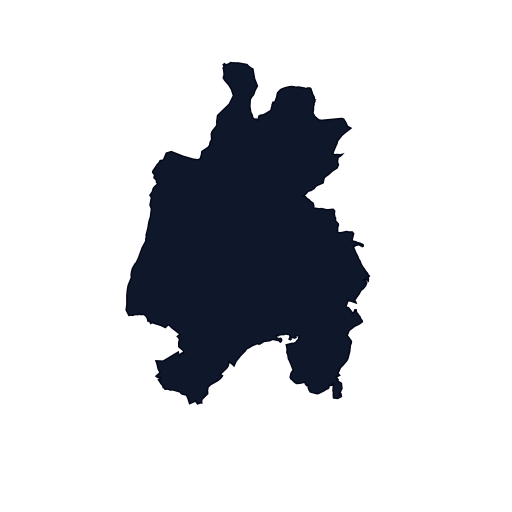 Teaca, Bistrita-Nasaud, Romania (Robinson projection), rotated 316°
{"feature_id": "2599482B42785641357283", "entity_name": "Teaca", "entity_type": "district", "adm_level": 2, "iso_a3": "ROU", "parent_name": "Romania", "parent_adm1": "Bistrita-Nasaud", "projection": "robinson", "projection_center": [24.501, 46.902], "detail": "fine", "context": "isolated", "style": "filled", "palette": "ink", "viewbox_px": 512, "rotation_deg": 316, "n_neighbors": 0, "source": "geoboundaries", "source_scale": "gbopen_adm2", "svg_char_len": 6157}
<svg xmlns="http://www.w3.org/2000/svg" viewBox="0 0 512 512"><g transform="rotate(316 256 256)"><path d="M215.8,415.2L219.8,416.4L221.3,414.3L219.8,413.6L224.1,411.6L225.6,411.2L229.0,406.9L228.3,404.2L228.0,404.2L227.9,402.2L229.1,402.2L229.5,399.6L229.9,398.9L233.3,399.9L233.3,397.3L237.9,395.5L237.7,395.0L242.9,394.9L248.8,394.3L250.8,393.6L256.9,389.9L261.7,385.9L264.2,384.7L265.4,383.6L266.2,378.3L266.1,376.2L266.9,376.3L271.1,374.3L277.9,375.0L283.2,376.7L286.8,377.2L287.4,376.5L287.6,375.2L287.4,375.0L287.5,374.5L288.6,371.8L288.7,369.7L289.1,368.2L289.0,367.1L289.6,365.5L290.7,364.3L290.1,363.7L289.1,364.9L288.7,364.8L288.8,363.9L288.2,364.3L285.6,364.3L286.2,361.7L286.6,357.7L286.3,356.7L285.2,355.5L286.2,354.3L287.3,354.0L291.4,351.8L291.6,352.7L292.9,354.2L295.4,359.3L295.9,358.2L295.8,357.5L296.6,356.2L303.7,354.9L307.9,353.6L310.4,354.0L314.2,353.5L316.4,352.5L317.3,351.9L317.3,349.6L317.0,348.2L318.8,348.2L318.3,348.7L319.0,349.8L319.3,352.0L320.8,350.8L321.9,348.9L322.7,348.8L323.1,349.3L323.6,349.2L323.6,347.5L324.3,345.1L324.3,343.1L324.9,340.8L325.1,338.2L326.0,334.8L327.3,332.0L327.8,329.4L328.8,327.3L329.9,323.5L332.3,317.1L332.8,317.4L335.0,317.6L337.8,319.3L339.1,323.2L340.0,323.4L340.9,322.2L339.7,319.0L338.1,316.6L337.7,315.1L336.2,312.8L335.8,312.7L336.0,311.4L341.8,307.7L341.9,305.5L339.6,303.4L338.1,301.2L333.9,298.7L331.1,296.3L331.6,295.3L333.7,293.0L334.5,292.2L336.8,291.0L337.5,290.0L337.6,287.4L337.4,286.6L338.3,285.2L339.7,283.8L339.9,282.6L341.5,280.2L343.8,278.3L344.0,276.6L343.9,275.9L339.2,272.2L336.0,267.3L334.6,266.4L330.7,261.5L332.3,260.2L333.8,257.7L333.1,254.4L333.3,252.9L332.6,249.5L332.8,247.9L332.3,246.3L331.8,245.9L336.1,245.9L337.8,245.6L339.8,246.1L340.1,246.6L341.9,247.3L343.1,247.3L344.3,247.9L347.1,247.4L349.0,247.7L355.0,250.0L358.9,247.4L360.8,247.1L364.4,247.7L370.1,247.9L375.5,249.0L378.7,247.6L379.9,244.9L383.6,242.1L386.6,242.9L388.7,242.8L387.2,242.0L384.6,239.1L383.0,237.9L382.5,236.5L382.5,235.5L390.8,231.9L390.6,231.3L392.0,231.6L394.6,229.9L401.5,228.9L406.4,229.2L413.1,230.0L411.9,226.3L413.3,222.3L414.2,218.3L413.1,216.5L397.3,203.9L395.7,201.6L395.2,196.7L396.2,192.7L399.4,190.3L401.3,188.2L402.5,187.8L403.9,186.4L405.8,185.8L406.3,185.1L406.1,184.6L406.8,184.6L406.5,184.2L408.2,182.3L409.3,178.4L410.1,177.3L410.4,176.2L411.6,174.1L411.7,173.1L411.3,172.5L409.9,171.0L408.3,170.5L407.5,168.8L403.7,163.6L402.9,163.6L402.5,162.7L401.8,162.6L401.2,161.0L400.1,160.0L399.7,159.1L397.4,157.3L393.4,155.0L390.3,153.7L388.5,153.4L384.8,153.6L380.5,156.6L379.3,156.9L378.8,157.4L376.6,158.2L375.9,158.0L375.4,158.2L375.4,157.4L375.1,157.2L372.4,158.5L372.1,159.0L369.5,160.5L368.9,161.2L367.3,161.5L361.4,160.2L359.0,159.3L357.2,157.9L355.3,157.4L352.6,159.0L351.1,159.0L351.0,158.1L351.3,157.7L351.1,157.4L350.2,157.2L349.7,155.3L350.1,153.3L351.1,152.2L352.1,148.9L355.5,144.1L360.6,139.4L363.8,138.5L366.3,138.3L370.2,136.3L375.1,134.7L378.1,127.5L383.7,119.3L382.9,117.2L382.5,114.6L382.5,112.0L377.4,104.9L372.8,100.3L372.3,99.3L369.6,98.8L367.0,97.5L366.9,95.7L365.3,95.6L364.5,97.7L363.0,97.9L361.7,100.1L359.1,103.4L356.2,105.1L355.6,107.6L355.2,114.3L354.1,119.0L351.2,125.0L342.2,128.2L326.0,128.2L321.2,132.0L318.6,134.9L311.1,135.9L308.8,137.0L304.9,141.5L302.3,142.2L299.5,144.1L297.2,144.6L289.7,143.2L286.9,145.4L283.4,147.3L281.0,146.4L277.9,142.5L272.7,133.3L267.6,122.1L263.0,119.7L256.5,122.5L255.5,122.4L253.5,120.9L252.5,120.9L251.8,121.5L248.7,121.6L241.1,123.2L239.7,124.1L239.4,127.4L237.3,128.5L236.8,129.5L237.1,129.9L237.0,132.2L235.5,134.1L235.8,135.1L235.3,135.9L231.1,135.7L229.1,136.0L226.0,137.8L221.9,138.6L221.5,141.2L215.2,145.7L213.5,149.5L207.3,154.5L202.6,157.1L197.7,160.8L191.4,164.7L191.6,165.2L188.7,167.1L187.2,168.7L179.9,171.0L170.1,175.8L165.3,177.6L163.7,177.6L158.5,179.1L155.2,181.1L152.5,183.4L151.7,184.8L143.6,188.4L140.0,191.0L135.6,194.8L129.4,201.2L125.1,204.6L123.3,210.5L124.9,211.6L126.4,213.3L128.0,213.8L130.7,216.4L131.7,216.8L132.3,217.6L132.4,218.2L134.6,219.8L135.1,222.4L134.7,225.0L133.0,228.0L134.3,228.7L133.4,231.4L135.0,231.8L139.3,239.7L141.1,244.5L144.4,244.4L145.5,245.1L145.6,249.3L147.1,259.6L143.5,259.2L143.5,261.3L143.0,262.9L140.1,264.7L137.4,267.7L138.0,273.3L137.2,275.4L136.1,275.1L136.2,274.7L134.7,274.2L133.8,274.1L132.1,274.8L131.7,274.5L131.7,273.9L133.4,271.1L116.1,267.1L111.2,261.9L110.1,264.4L107.2,269.2L106.0,273.2L100.6,273.0L100.9,275.1L101.7,276.2L103.0,277.0L101.6,277.8L99.8,277.3L99.6,279.2L99.0,281.7L98.9,284.5L97.8,286.1L98.4,287.7L98.0,288.7L100.3,290.6L101.1,292.7L103.2,294.6L103.8,295.5L107.0,301.3L106.7,302.4L106.8,303.7L109.1,307.3L109.1,308.3L108.3,310.8L105.7,316.1L111.7,318.3L111.2,321.8L113.7,322.9L115.0,324.0L115.2,323.3L117.5,321.6L125.6,321.5L127.8,318.9L130.4,317.0L134.0,317.0L142.0,319.1L146.1,319.4L148.7,318.9L148.0,316.2L156.6,316.3L159.4,315.8L161.5,314.5L163.1,313.1L163.7,316.6L163.9,319.8L167.9,318.1L169.2,317.8L176.1,316.9L182.7,316.8L183.3,316.4L185.1,316.3L187.2,317.1L190.9,317.9L196.0,319.9L196.4,320.3L196.5,321.1L197.9,322.1L202.2,322.9L207.1,326.5L209.9,327.4L212.8,331.4L213.8,333.4L213.6,334.0L213.9,335.0L215.3,334.8L216.1,334.2L216.6,333.5L216.6,332.4L214.7,331.0L214.3,330.2L214.3,329.1L214.7,328.1L215.4,327.3L215.9,327.2L216.5,328.8L217.8,328.9L221.3,331.4L221.2,331.7L222.9,332.4L225.5,335.8L225.6,336.4L224.9,336.7L224.5,337.7L223.7,338.3L222.1,338.7L222.5,340.1L223.1,340.2L223.0,339.8L224.5,339.2L224.9,339.8L225.3,339.7L226.3,340.5L226.5,341.7L227.9,342.3L227.8,341.9L228.8,340.9L231.1,342.8L231.3,343.6L228.4,345.5L226.2,345.4L224.6,345.8L222.3,345.0L221.3,343.9L216.1,340.9L213.7,344.6L211.2,346.8L210.2,349.3L207.9,352.5L207.2,355.0L203.6,363.8L199.9,364.6L196.4,366.9L195.7,368.5L196.0,370.1L196.0,373.3L196.5,375.6L197.0,376.3L200.0,378.6L203.7,380.7L202.7,382.0L202.5,383.4L202.5,384.5L203.7,385.0L202.2,386.9L201.2,388.9L200.6,391.4L203.9,397.0L204.8,398.0L206.0,398.5L211.0,400.1L214.1,400.7L215.9,401.5L216.9,401.3L218.5,399.9L220.8,401.8L223.1,401.2L222.6,401.5L223.0,401.9L218.0,406.1L216.9,407.9L214.7,410.0L213.2,412.0L215.8,415.2Z" fill="#0f172a" stroke="#020617" stroke-width="1.5"/></g></svg>